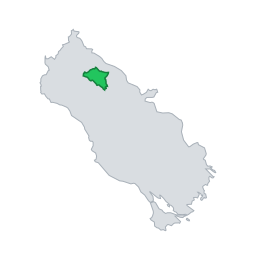 Diyarbakir highlighted on a map of Turkey, rotated 227°
{"feature_id": "TUR-2309", "entity_name": "Diyarbakir", "entity_type": "Province", "adm_level": 1, "iso_a3": "TUR", "parent_name": "Turkey", "parent_adm1": "", "projection": "equal_earth", "projection_center": [40.236, 38.057], "detail": "fine", "context": "in_parent", "style": "filled", "palette": "green", "viewbox_px": 256, "rotation_deg": 227, "n_neighbors": 0, "source": "natural_earth", "source_scale": "10m", "svg_char_len": 4840}
<svg xmlns="http://www.w3.org/2000/svg" viewBox="0 0 256 256"><g transform="rotate(227 128 128)"><path d="M199.2,89.1L202.8,90.3L203.9,89.4L207.1,89.5L210.0,90.2L211.6,88.2L213.7,88.4L214.1,89.4L215.0,89.8L218.1,92.5L217.7,92.8L218.5,93.8L221.1,94.5L221.3,95.8L223.4,97.8L224.5,101.0L223.9,103.1L222.8,104.5L224.5,109.2L224.0,109.8L227.2,111.4L231.1,111.1L232.4,111.8L236.3,115.6L237.3,117.0L234.6,115.2L233.1,116.8L232.5,120.4L228.3,121.1L228.9,123.5L230.1,124.6L229.8,126.9L230.1,127.8L231.3,129.3L231.1,131.4L231.6,133.5L231.7,136.2L233.5,136.9L232.7,138.2L230.8,143.5L231.0,143.9L232.3,144.0L235.3,146.5L234.8,147.3L235.2,150.7L237.8,152.9L237.4,154.0L237.5,155.2L235.6,154.7L231.9,157.7L231.5,157.6L230.9,156.6L230.8,153.5L229.9,152.7L228.7,152.6L226.6,153.9L224.8,153.9L222.9,153.6L218.0,151.7L216.2,152.4L214.3,151.7L210.6,155.4L209.5,155.7L208.9,153.9L207.6,152.8L206.0,154.2L199.7,156.0L196.7,156.3L193.2,155.7L190.2,155.9L182.2,160.1L174.5,162.3L167.6,162.1L163.9,159.5L160.9,158.9L152.1,162.9L147.8,162.7L146.3,161.1L143.0,160.4L142.3,162.0L141.5,165.8L142.6,169.2L140.8,169.4L139.6,170.2L139.2,172.8L137.5,173.8L136.9,175.4L136.6,175.4L133.9,174.1L134.6,172.9L133.0,168.0L133.9,166.5L137.5,162.6L137.5,160.4L136.0,158.8L131.4,161.6L130.9,162.7L129.9,163.6L128.2,163.9L120.2,160.2L115.4,163.5L111.3,168.3L108.2,170.0L99.2,171.3L97.6,172.3L94.6,171.3L92.8,170.0L88.8,164.5L81.2,160.4L72.9,159.5L72.2,160.5L71.7,164.7L70.2,168.7L69.5,169.1L67.8,168.1L61.3,170.4L56.0,167.8L55.1,166.7L54.1,162.1L53.3,161.8L52.4,162.4L51.5,162.4L47.7,160.4L45.6,160.3L44.2,162.2L42.1,163.0L42.1,162.5L43.0,161.2L39.7,161.4L37.9,162.4L35.6,161.8L35.8,161.3L37.7,160.7L42.1,160.0L45.1,156.9L34.7,157.1L33.6,157.7L33.5,156.2L34.2,155.4L36.9,154.9L36.8,153.6L35.2,152.1L33.5,151.4L32.8,148.1L31.9,147.3L32.1,146.8L33.8,146.2L34.3,143.8L34.1,142.4L30.9,141.1L30.1,141.2L29.4,139.9L28.0,139.0L26.8,139.8L23.5,137.8L24.2,136.4L25.1,136.4L25.3,135.3L24.7,133.5L24.9,132.5L25.6,132.3L26.4,132.5L27.2,133.6L27.2,135.7L28.0,136.9L28.7,135.7L30.2,136.4L33.0,135.7L33.5,135.2L31.5,135.2L30.8,134.7L29.4,131.2L31.1,130.2L32.4,128.5L30.2,127.4L30.8,125.1L29.0,122.4L31.8,119.0L31.7,118.5L30.9,118.3L22.6,119.8L22.6,118.2L23.3,116.9L23.5,113.6L23.9,111.9L25.5,111.4L27.5,108.8L30.7,105.7L33.8,105.8L35.1,105.0L37.0,104.9L37.5,106.1L39.1,106.9L41.9,106.8L43.4,106.0L42.1,104.5L43.8,104.0L45.1,104.4L44.3,106.0L44.7,106.2L48.4,105.7L52.3,106.1L56.6,105.9L57.2,105.4L54.2,103.7L56.2,102.3L57.3,102.0L66.4,100.7L66.5,100.3L61.0,99.6L58.3,97.7L57.5,96.7L58.2,94.1L58.9,93.5L60.9,93.4L67.6,94.5L72.4,93.8L77.7,95.5L82.7,95.2L83.8,94.4L85.2,92.0L92.5,88.0L95.0,85.9L106.2,81.9L122.8,82.6L125.7,81.0L127.4,81.5L126.9,82.6L127.0,83.5L128.9,85.9L131.8,87.3L135.9,86.2L137.4,86.6L138.8,90.4L141.3,92.7L142.5,92.9L144.0,91.5L145.5,91.4L147.9,92.7L148.8,94.0L156.7,95.6L158.3,96.7L163.7,97.9L175.6,95.2L179.9,97.0L183.5,97.6L185.1,97.3L189.9,95.2L191.4,93.9L194.4,92.9L198.1,90.5L199.2,89.1ZM46.7,82.4L46.3,84.1L46.9,85.9L48.4,88.5L50.0,89.8L57.9,93.3L56.5,96.6L54.5,97.2L47.7,95.6L44.8,96.9L42.8,96.6L39.9,97.2L39.0,99.2L36.9,101.4L31.2,104.3L25.8,109.9L24.3,110.6L25.1,108.7L25.1,107.0L27.4,105.1L30.6,103.6L31.5,102.3L23.7,102.6L23.1,100.8L23.9,100.5L26.6,97.4L27.0,96.2L26.9,93.2L30.1,91.5L30.4,90.8L30.1,87.8L27.3,86.1L27.4,85.3L29.6,84.5L30.9,82.4L33.9,82.1L35.4,81.1L38.1,80.6L41.2,83.1L45.2,82.1L46.7,82.4ZM21.7,109.7L19.0,110.2L18.2,109.7L19.1,108.8L21.2,108.2L21.8,109.1L21.7,109.7Z" fill="#d9dde1" stroke="#a8b0b8" stroke-width="1"/><path d="M196.6,130.8L197.2,131.6L197.9,132.2L198.1,132.8L197.9,133.4L198.1,133.8L198.4,133.9L198.5,134.4L198.1,134.7L197.7,134.7L197.3,134.8L196.7,135.1L196.5,135.5L196.4,136.1L196.1,136.9L196.0,137.8L196.2,139.4L196.1,140.3L195.9,140.6L195.7,141.0L195.2,142.8L194.7,143.4L194.1,143.8L194.0,144.2L194.1,144.6L194.2,145.2L194.5,145.6L193.8,146.0L189.7,145.9L188.4,146.2L188.3,146.5L187.7,147.3L186.8,147.4L185.5,148.4L184.9,148.6L183.7,149.6L183.2,150.1L182.0,151.6L181.5,151.0L181.1,150.2L180.7,148.9L180.6,148.7L180.5,148.3L180.4,147.1L180.4,145.4L180.3,145.1L180.1,145.0L179.9,144.9L179.6,144.6L179.2,144.5L179.0,144.8L178.4,144.6L178.0,144.2L177.6,144.0L177.3,143.8L176.5,143.2L175.8,142.4L175.2,142.1L174.5,142.1L173.5,141.9L172.6,141.4L173.1,141.1L173.2,140.9L173.1,140.7L173.3,140.1L173.4,139.7L173.4,139.3L173.0,138.9L172.1,139.3L171.8,139.1L172.2,137.7L172.1,137.4L172.0,137.0L171.8,136.8L173.4,136.5L174.3,136.8L175.3,136.9L175.8,136.6L176.7,136.5L177.0,136.3L177.9,136.2L178.8,136.3L179.2,136.1L179.5,135.9L179.8,135.4L180.1,135.0L180.3,134.5L180.8,134.4L181.1,134.5L181.5,134.8L185.5,134.8L186.9,134.7L187.3,134.5L187.6,134.0L187.6,133.5L187.7,133.1L188.4,132.8L189.5,132.6L189.9,132.6L190.5,132.8L192.4,132.9L193.2,132.7L194.6,131.8L196.0,131.2L196.6,130.8Z" fill="#22c55e" stroke="#15803d" stroke-width="1.5"/></g></svg>